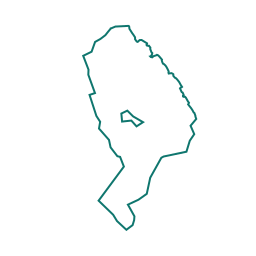 outline of Alleghany, Virginia, United States of America, rotated 108°
{"feature_id": "52423323B98593470147250", "entity_name": "Alleghany", "entity_type": "district", "adm_level": 2, "iso_a3": "USA", "parent_name": "United States of America", "parent_adm1": "Virginia", "projection": "mercator", "projection_center": [-80.111, 37.778], "detail": "fine", "context": "isolated", "style": "outline", "palette": "teal", "viewbox_px": 256, "rotation_deg": 108, "n_neighbors": 0, "source": "geoboundaries", "source_scale": "gbopen_adm2", "svg_char_len": 1632}
<svg xmlns="http://www.w3.org/2000/svg" viewBox="0 0 256 256"><g transform="rotate(108 128 128)"><path d="M108.4,174.8L126.3,161.8L130.7,156.4L137.5,155.4L145.2,142.4L151.8,138.6L158.1,129.4L157.9,126.6L166.0,120.0L206.2,133.5L215.1,115.3L219.9,109.7L225.3,98.1L218.9,93.6L213.7,93.7L210.0,94.6L200.9,104.4L193.0,95.9L184.8,89.8L168.4,91.5L146.0,87.1L144.1,85.3L132.5,65.1L121.0,65.3L113.4,63.1L106.5,69.2L98.3,65.9L98.2,66.0L96.3,67.4L95.5,67.7L93.2,69.5L92.9,70.4L91.4,71.9L89.7,74.0L87.0,78.1L85.2,77.8L84.1,79.3L81.3,82.3L80.7,83.3L80.6,83.9L81.1,84.4L81.0,85.4L80.2,85.7L79.5,85.3L79.3,85.3L77.7,86.7L77.4,87.0L77.3,87.9L77.0,88.3L74.2,90.8L73.0,90.1L72.7,89.6L72.2,89.3L70.8,91.1L68.5,93.5L66.6,96.3L65.7,98.1L65.7,98.9L64.4,101.0L62.9,101.5L62.6,102.2L62.4,103.6L63.6,106.1L62.9,106.6L61.6,106.8L59.3,109.0L57.9,110.5L57.0,111.7L56.1,113.6L56.0,114.6L54.7,115.8L53.2,116.8L52.5,116.8L50.1,120.7L49.5,122.2L49.5,123.1L49.9,123.3L52.1,126.3L52.5,126.3L53.3,126.8L53.4,128.4L53.1,128.7L53.0,128.9L52.8,128.6L51.6,128.1L50.0,127.9L49.2,128.1L48.8,129.0L46.1,131.2L44.6,131.6L43.3,133.5L43.6,134.1L43.7,135.6L43.2,136.1L41.9,135.9L41.6,136.0L40.1,142.3L40.8,144.1L43.1,145.4L43.1,146.3L42.8,146.8L41.4,148.7L39.6,149.3L37.5,151.9L36.6,153.2L33.2,157.3L31.2,158.2L30.7,158.9L31.7,161.7L31.8,161.8L35.4,171.3L37.9,174.2L38.8,175.2L38.8,175.3L39.5,175.4L39.9,175.6L42.4,176.6L46.7,178.2L51.9,181.8L56.3,185.9L66.7,186.2L73.2,192.9L84.7,183.6L89.6,182.2L105.0,170.2L108.4,174.8ZM111.7,134.0L115.4,126.7L117.8,115.5L123.8,120.4L119.9,127.1L123.7,135.6L116.3,138.8L111.7,134.0Z" fill="none" stroke="#0f766e" stroke-width="2"/></g></svg>